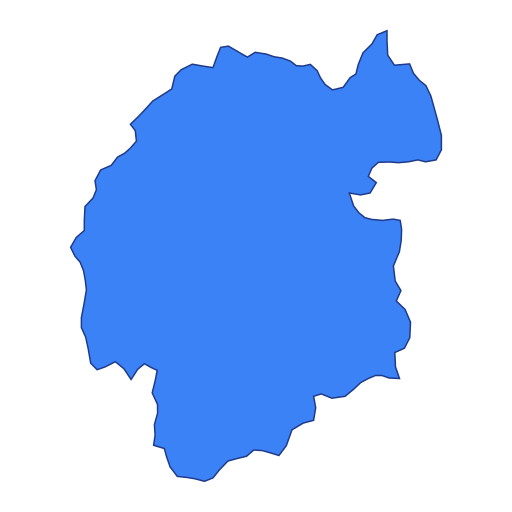 Sem-Peixe, Minas Gerais, Brazil
{"feature_id": "56859067B34440894750184", "entity_name": "Sem-Peixe", "entity_type": "district", "adm_level": 2, "iso_a3": "BRA", "parent_name": "Brazil", "parent_adm1": "Minas Gerais", "projection": "equal_earth", "projection_center": [-42.82, -20.083], "detail": "fine", "context": "isolated", "style": "filled", "palette": "blue", "viewbox_px": 512, "rotation_deg": 0, "n_neighbors": 0, "source": "geoboundaries", "source_scale": "gbopen_adm2", "svg_char_len": 1944}
<svg xmlns="http://www.w3.org/2000/svg" viewBox="0 0 512 512"><path d="M153.6,445.3L164.3,448.5L166.6,456.8L170.1,466.9L177.3,476.4L186.5,477.4L195.1,478.8L204.5,481.3L213.0,477.9L219.4,469.9L227.8,461.1L236.0,458.8L246.6,456.2L253.8,450.0L262.5,450.6L272.1,453.4L278.9,455.5L286.3,445.7L292.0,429.8L303.2,423.1L313.6,420.3L315.7,407.7L313.6,396.3L321.2,393.9L331.9,398.2L345.1,396.3L353.9,389.0L360.8,382.5L368.3,378.5L375.4,375.5L382.0,375.5L389.1,378.0L399.5,378.5L395.5,366.9L394.8,352.5L404.4,348.2L409.8,337.7L410.5,322.2L405.1,309.5L396.3,301.0L400.9,290.6L395.2,281.0L393.4,266.0L399.4,251.6L401.2,240.6L401.6,229.2L400.2,220.4L393.0,219.1L382.7,220.4L371.5,219.4L364.8,217.6L359.0,212.9L353.7,206.1L349.3,193.0L360.5,194.9L370.1,193.0L376.3,182.6L368.3,176.4L371.9,168.1L378.4,162.3L389.8,162.0L398.4,162.7L408.5,161.8L417.8,159.9L425.6,161.8L436.1,159.9L441.4,149.8L441.4,135.4L437.5,120.0L434.3,108.4L430.9,96.1L425.9,85.6L419.5,80.5L413.5,73.4L409.6,63.9L394.4,65.2L387.7,55.1L387.0,40.8L387.0,30.7L377.2,34.7L371.9,44.0L363.0,52.8L358.3,64.4L355.9,74.0L350.1,77.7L343.2,87.3L332.5,89.9L325.1,84.5L320.5,77.9L317.1,70.6L310.3,64.4L302.9,66.1L296.4,65.7L290.4,61.1L282.4,58.1L273.9,56.7L266.4,54.1L255.2,52.3L247.4,57.1L238.3,51.9L228.4,46.1L220.6,47.4L216.9,56.7L213.0,67.6L203.1,66.1L192.3,64.2L181.2,69.7L174.8,76.2L171.8,88.9L163.6,94.2L152.9,100.9L145.1,109.5L138.2,116.7L130.4,124.3L135.3,130.7L136.4,141.2L130.0,148.5L124.6,153.2L117.5,157.1L111.3,165.3L100.6,170.0L95.0,180.7L96.4,189.7L93.1,197.9L85.0,206.5L84.3,220.6L84.3,230.5L76.3,237.4L70.6,247.3L74.9,256.1L80.2,262.3L83.6,270.9L85.3,280.5L86.4,290.0L83.9,304.6L81.4,317.5L81.4,327.6L85.7,337.2L88.2,348.8L90.7,363.2L97.1,369.7L105.1,366.9L115.4,361.7L124.0,368.8L131.1,379.5L137.6,369.4L144.4,363.7L151.1,367.5L157.2,370.3L155.1,381.0L152.2,392.9L157.5,404.4L157.6,413.2L154.4,424.6L155.1,435.2L153.6,445.3Z" fill="#3b82f6" stroke="#1e3a8a" stroke-width="1.5"/></svg>